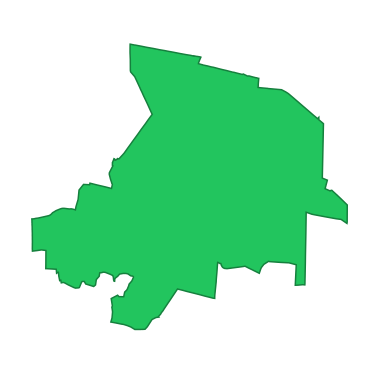 Santiago Maravatío, Guanajuato, Mexico (Albers equal-area conic projection), rotated 5°
{"feature_id": "50627088B21032390584019", "entity_name": "Santiago Maravatío", "entity_type": "district", "adm_level": 2, "iso_a3": "MEX", "parent_name": "Mexico", "parent_adm1": "Guanajuato", "projection": "albers", "projection_center": [-101.002, 20.157], "detail": "fine", "context": "isolated", "style": "filled", "palette": "green", "viewbox_px": 384, "rotation_deg": 5, "n_neighbors": 0, "source": "geoboundaries", "source_scale": "gbopen_adm2", "svg_char_len": 4503}
<svg xmlns="http://www.w3.org/2000/svg" viewBox="0 0 384 384"><g transform="rotate(5 192 192)"><path d="M120.4,77.7L124.9,82.1L127.0,85.7L130.9,92.5L131.8,94.2L132.2,94.9L132.9,96.0L133.6,97.2L135.3,100.3L139.2,106.9L140.8,109.7L142.2,112.2L144.4,116.1L145.6,118.1L142.1,123.8L139.5,128.3L136.1,133.8L132.6,139.8L129.2,145.4L126.7,149.6L124.6,153.1L120.9,159.4L116.3,165.4L114.9,165.2L114.8,165.8L113.7,166.2L113.7,166.3L113.5,166.6L113.2,166.9L112.5,167.0L111.9,165.8L111.4,165.6L110.2,169.7L110.1,170.0L110.3,170.6L110.3,172.3L110.9,172.8L108.0,180.0L108.0,180.9L108.1,181.8L108.6,183.2L109.8,186.6L111.0,189.3L111.2,190.0L112.0,191.4L111.8,193.2L111.6,194.5L111.5,195.5L105.5,194.5L96.4,193.2L89.6,192.1L89.4,193.7L83.3,193.9L79.3,199.9L79.2,209.3L77.7,216.7L77.4,220.0L76.3,219.7L74.4,219.4L73.1,219.3L71.3,219.6L68.9,219.5L66.2,219.4L64.8,219.5L63.5,219.8L61.9,220.5L58.2,222.4L56.2,223.9L54.9,224.8L54.0,226.0L53.0,227.1L51.5,228.0L46.6,229.6L40.9,231.4L38.6,231.9L36.8,232.5L34.8,232.8L35.1,234.7L35.2,236.1L35.4,237.1L35.5,238.6L35.7,239.8L35.8,240.5L36.0,242.4L36.0,242.9L36.2,244.1L36.2,244.3L36.4,245.9L36.6,247.7L36.7,249.3L36.9,250.8L37.0,252.2L37.1,253.3L37.2,253.9L37.3,255.1L37.4,255.8L37.4,256.0L37.5,257.7L37.6,258.8L37.8,261.4L37.8,261.8L38.2,264.8L43.0,263.8L47.1,262.8L51.6,263.0L52.8,278.0L53.0,281.1L55.4,281.0L59.5,280.9L63.5,280.8L64.2,284.7L65.5,283.6L65.9,283.6L66.6,287.3L67.9,291.8L68.9,291.3L69.7,293.9L70.6,293.6L71.5,293.4L72.3,293.4L73.4,293.8L74.3,294.2L76.8,295.3L82.7,297.5L84.3,297.9L87.2,297.4L88.1,297.0L89.8,291.6L90.4,290.7L92.5,290.5L94.1,292.9L100.5,294.3L102.3,294.7L104.0,293.0L104.3,287.6L106.9,284.0L107.1,280.6L109.2,280.2L110.4,279.6L112.5,279.6L117.7,281.1L120.3,282.1L121.0,283.6L121.6,286.6L122.0,287.4L122.2,287.7L122.7,287.7L122.7,285.0L124.1,283.5L125.2,282.6L127.0,280.1L130.6,279.1L133.0,278.9L135.1,279.1L136.3,279.7L137.1,280.2L138.7,281.0L139.8,280.9L140.5,281.1L141.0,281.5L141.1,282.1L140.3,284.5L139.8,285.9L137.4,289.2L137.0,291.3L136.4,293.1L135.9,294.7L135.3,295.6L134.3,296.8L133.7,297.5L133.5,298.8L133.1,302.3L128.3,302.6L126.9,301.3L120.8,305.2L122.6,312.4L122.2,313.7L122.9,316.5L123.3,318.4L123.3,324.5L122.5,328.6L127.6,329.1L132.8,329.7L135.5,329.9L139.5,330.8L142.8,331.8L147.0,333.9L151.7,333.5L156.1,333.0L157.2,332.8L159.2,330.2L160.8,327.2L163.3,322.5L167.0,320.2L169.4,319.6L169.8,319.5L169.4,319.1L169.9,318.4L171.4,316.4L171.7,315.6L172.3,314.5L173.4,312.9L174.3,311.1L177.6,305.1L180.0,300.8L184.4,292.8L186.0,289.9L191.7,290.8L195.4,291.5L202.4,292.6L208.0,293.5L212.4,294.3L214.0,294.6L218.4,295.3L222.0,295.9L223.9,296.0L223.8,294.8L223.7,292.6L223.9,279.5L223.8,276.8L223.8,274.5L223.8,273.3L223.8,273.0L223.8,270.8L223.8,269.4L223.7,262.8L223.7,260.0L223.8,259.8L226.3,260.9L226.9,260.7L227.6,262.1L227.6,262.5L228.0,262.9L228.2,263.3L228.6,263.9L229.3,264.5L229.8,264.8L230.5,265.1L231.2,265.3L231.7,265.3L233.6,265.3L244.5,262.9L249.4,261.8L251.3,261.3L254.5,262.6L266.1,267.1L267.3,262.2L268.0,260.7L269.9,257.8L274.3,254.4L275.4,254.6L286.7,254.4L294.8,254.1L302.2,255.4L303.0,275.9L306.0,275.5L310.3,274.7L312.5,274.7L312.5,273.8L312.5,273.7L311.0,251.3L310.6,246.1L309.0,222.7L307.5,202.2L313.4,203.7L316.0,204.0L326.0,205.0L338.0,206.1L342.9,206.3L349.1,209.8L349.2,208.5L347.8,191.4L344.4,188.6L342.7,187.2L337.6,183.1L331.1,178.1L329.2,178.7L329.2,178.8L324.3,177.1L325.8,168.4L320.6,166.8L317.0,112.5L312.1,109.0L311.8,106.6L310.7,108.0L308.2,106.2L307.0,105.4L303.7,103.0L298.4,99.2L297.2,98.3L295.2,96.9L292.0,94.6L291.7,94.4L290.4,93.4L289.4,92.7L288.3,91.9L287.8,91.6L287.5,91.3L287.3,91.2L286.2,90.4L282.0,87.4L279.9,85.9L279.1,85.4L276.4,84.0L275.8,83.8L275.4,83.6L272.3,82.3L264.9,82.3L262.8,82.3L259.1,82.3L258.4,82.2L258.2,82.2L251.5,82.2L248.7,82.1L248.7,79.5L248.6,78.9L248.6,77.7L248.6,76.0L248.6,74.3L248.6,73.0L248.3,73.0L246.3,72.6L245.7,72.6L242.0,72.0L238.6,71.4L237.3,71.7L232.8,70.0L231.8,70.5L225.5,69.5L223.3,69.1L223.1,69.1L222.2,69.1L215.9,68.0L211.5,67.4L207.7,66.8L206.1,66.5L202.6,65.9L200.2,65.7L197.3,65.2L196.7,65.1L193.5,64.7L192.3,64.6L191.2,64.3L189.9,64.1L187.2,63.6L187.3,62.6L188.4,58.9L188.5,58.7L189.1,56.9L188.8,56.8L188.1,56.7L185.7,56.5L184.7,56.5L182.0,56.2L182.0,56.5L180.2,56.2L178.8,56.0L174.4,55.7L168.0,55.1L161.5,54.4L155.1,53.8L152.4,53.5L147.3,53.1L141.1,52.4L134.2,51.8L128.9,51.2L122.8,50.6L122.0,50.6L117.5,50.1L117.5,50.7L118.0,57.2L118.2,59.2L118.3,59.9L119.0,65.5L120.0,76.3L120.4,77.7Z" fill="#22c55e" stroke="#15803d" stroke-width="1.5"/></g></svg>